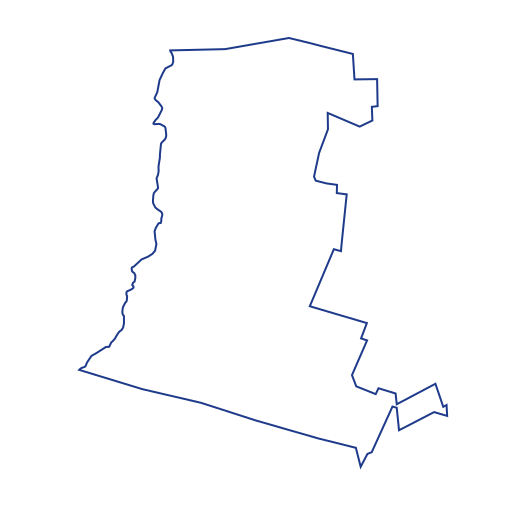 outline of Windsor, Vermont, United States of America, rotated 177°
{"feature_id": "52423323B43011596920250", "entity_name": "Windsor", "entity_type": "district", "adm_level": 2, "iso_a3": "USA", "parent_name": "United States of America", "parent_adm1": "Vermont", "projection": "robinson", "projection_center": [-72.472, 43.592], "detail": "fine", "context": "isolated", "style": "outline", "palette": "blue", "viewbox_px": 512, "rotation_deg": 177, "n_neighbors": 0, "source": "geoboundaries", "source_scale": "gbopen_adm2", "svg_char_len": 2284}
<svg xmlns="http://www.w3.org/2000/svg" viewBox="0 0 512 512"><g transform="rotate(177 256 256)"><path d="M438.5,151.5L376.2,128.9L318.4,112.2L264.6,91.7L203.8,70.7L166.3,59.2L162.5,40.0L155.1,52.5L150.7,54.0L127.6,98.5L123.4,97.1L122.3,74.5L86.3,90.8L73.5,86.3L73.5,97.2L76.9,95.6L83.5,119.0L123.2,100.6L123.8,111.4L140.6,117.5L143.7,111.8L162.7,120.6L166.4,132.0L149.5,165.9L155.4,168.2L148.8,183.2L204.9,203.0L177.9,258.7L170.9,256.4L169.9,263.5L162.2,312.8L172.0,314.6L171.4,322.8L181.8,324.8L192.4,328.1L193.9,332.2L187.6,355.6L177.5,378.8L176.9,395.1L145.7,379.8L132.7,385.2L132.5,398.9L126.7,399.3L125.8,426.3L148.4,427.2L148.7,452.7L178.7,461.9L190.7,465.7L211.8,472.0L276.0,464.2L330.9,465.8L330.9,465.6L330.7,464.7L329.5,462.8L328.4,459.3L328.5,454.3L329.6,451.6L330.2,451.0L336.6,448.1L339.5,443.5L343.1,436.7L346.0,424.8L349.0,419.1L348.8,418.2L347.9,416.8L345.6,414.8L342.7,410.6L342.0,409.0L341.9,408.2L342.5,406.6L343.6,404.7L346.3,400.0L347.1,398.9L349.0,397.3L351.1,394.6L351.5,393.5L350.5,392.9L346.6,393.0L344.9,392.8L340.5,390.1L339.9,389.2L339.7,388.2L339.3,382.0L339.5,379.9L340.6,377.5L344.3,374.1L345.0,373.0L346.0,366.4L346.7,361.9L346.8,359.4L348.5,351.4L348.7,350.2L348.8,345.8L349.6,342.2L350.9,339.5L351.2,338.4L350.3,330.3L350.3,328.9L350.8,328.1L354.1,324.9L354.8,323.9L355.4,321.5L356.0,316.6L356.0,314.8L355.8,313.7L354.0,309.7L351.7,307.6L348.5,305.2L347.5,303.5L347.4,302.0L348.7,297.8L348.7,295.9L349.5,293.9L351.2,293.9L351.9,293.3L354.6,289.3L356.0,286.0L355.6,277.8L354.9,273.4L355.0,272.4L356.5,266.6L359.4,263.5L363.8,261.0L370.4,258.6L378.6,251.8L379.9,251.3L380.5,251.0L380.9,249.9L380.6,247.7L380.6,247.4L380.0,246.5L378.5,245.4L377.5,242.9L377.7,240.2L378.6,236.8L380.2,235.7L381.1,233.6L381.0,233.2L380.0,232.2L379.9,231.2L380.2,230.6L381.0,229.9L383.3,228.7L386.7,227.4L387.3,226.4L387.4,224.2L386.8,222.6L387.3,218.6L387.8,217.3L388.8,216.5L391.2,212.5L391.8,210.8L392.3,208.2L392.4,205.8L391.8,204.0L391.0,202.9L391.3,197.4L391.4,195.5L392.5,191.4L394.0,189.2L396.3,187.7L397.5,186.4L400.0,182.9L401.0,181.1L403.4,178.6L405.1,177.2L407.4,173.0L410.7,173.0L419.7,167.8L425.6,164.8L429.8,159.2L430.6,158.0L431.5,155.8L432.4,154.6L433.2,154.1L435.9,153.4L437.4,152.5L438.5,151.5Z" fill="none" stroke="#1e3a8a" stroke-width="2"/></g></svg>